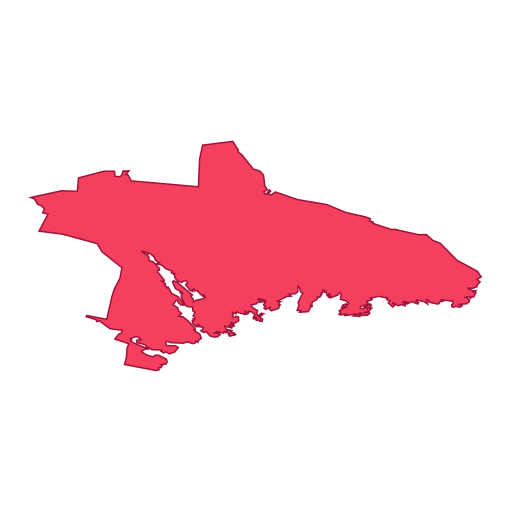 outline of Søgne nor, Vest-Agder, Norway
{"feature_id": "86288312B80796740306495", "entity_name": "Søgne nor", "entity_type": "district", "adm_level": 2, "iso_a3": "NOR", "parent_name": "Norway", "parent_adm1": "Vest-Agder", "projection": "robinson", "projection_center": [7.753, 58.101], "detail": "fine", "context": "isolated", "style": "filled", "palette": "rose", "viewbox_px": 512, "rotation_deg": 0, "n_neighbors": 0, "source": "geoboundaries", "source_scale": "gbopen_adm2", "svg_char_len": 6114}
<svg xmlns="http://www.w3.org/2000/svg" viewBox="0 0 512 512"><path d="M440.1,243.2L432.8,240.4L426.4,234.6L418.5,234.7L394.0,229.2L392.2,229.8L372.7,223.3L373.2,222.0L369.5,220.9L370.3,218.7L365.8,217.0L345.5,212.4L326.9,204.6L297.6,199.6L275.4,192.0L271.0,195.0L268.1,193.9L270.7,191.1L269.3,189.9L266.1,194.8L263.6,191.7L267.3,189.8L264.8,185.8L263.5,175.1L260.0,171.1L253.2,169.0L241.8,154.7L238.7,152.5L238.1,149.7L232.8,141.4L202.6,145.1L199.6,159.2L198.4,186.8L131.3,180.9L127.9,174.8L125.8,174.6L128.9,170.9L123.1,171.0L122.0,174.7L120.2,176.7L114.9,176.3L114.5,171.2L104.2,171.2L78.5,177.9L77.3,191.3L61.5,190.8L30.7,197.5L34.4,199.0L37.6,204.3L41.2,205.6L44.4,208.9L42.7,212.8L48.1,214.0L39.0,231.2L62.2,234.1L97.2,243.6L101.9,251.7L121.9,267.7L119.9,278.4L114.3,289.0L111.8,297.0L106.7,319.3L86.8,315.5L86.2,316.7L96.0,319.6L96.8,321.5L99.4,320.8L109.9,328.7L122.1,330.3L121.6,332.7L118.4,334.5L114.9,339.1L128.9,343.7L127.1,347.8L126.3,358.0L124.4,364.5L156.6,370.6L159.2,369.6L158.4,368.2L159.0,367.6L161.0,367.7L162.2,365.7L161.0,364.8L166.2,363.9L167.2,361.9L166.4,359.2L158.8,355.3L155.3,355.2L152.7,356.8L146.6,354.9L141.6,351.7L144.5,349.4L148.2,348.9L134.8,343.5L130.8,341.2L131.8,340.0L130.3,338.6L136.2,336.5L139.7,338.0L139.4,339.2L142.0,339.6L136.6,340.3L136.9,342.6L145.2,344.6L146.2,346.5L152.3,349.7L161.4,350.0L160.8,351.1L163.7,352.9L165.9,351.9L169.4,353.9L174.7,352.0L178.4,347.4L175.2,345.7L166.7,345.6L165.5,342.8L167.3,341.2L170.6,342.6L183.2,343.2L187.5,341.9L193.1,343.7L195.4,342.9L195.8,340.9L197.9,342.3L199.2,339.6L201.4,338.5L199.7,334.0L194.4,330.6L193.8,329.6L195.2,329.7L194.9,328.2L188.6,321.3L182.9,316.8L178.7,316.2L181.6,313.5L178.4,310.6L178.0,308.1L173.1,304.7L176.2,300.3L178.1,300.7L178.1,302.3L180.8,304.9L183.7,305.1L182.1,301.5L177.9,296.6L171.8,293.5L168.2,287.2L166.7,288.0L166.7,286.7L164.4,285.6L165.6,283.9L161.9,281.2L164.2,280.9L164.0,279.8L157.6,271.8L157.7,270.3L159.5,270.2L159.5,268.5L153.2,261.8L149.1,260.5L149.0,257.6L147.6,255.6L148.1,254.1L146.1,254.6L141.2,251.0L150.4,253.7L154.2,257.0L155.3,260.0L158.3,262.4L157.7,262.8L159.1,262.4L160.5,262.5L156.5,263.8L162.1,265.2L165.6,268.5L172.0,271.2L171.3,272.8L174.5,273.5L173.7,274.3L174.5,274.5L175.0,278.1L178.0,281.3L181.8,282.4L183.4,281.0L186.8,281.0L187.4,282.8L185.7,284.7L189.8,290.2L192.7,291.5L192.5,289.3L193.9,288.9L194.6,291.0L196.9,290.5L200.9,294.6L205.3,295.7L203.0,296.1L205.3,297.3L202.5,298.9L196.1,300.2L193.6,302.2L193.1,299.2L190.6,296.0L192.4,295.0L176.9,282.1L173.7,280.7L172.5,281.9L175.3,288.4L182.4,292.7L180.4,293.0L181.8,294.2L181.1,296.6L185.1,304.9L188.0,306.9L192.7,306.8L192.8,310.8L195.0,312.4L193.1,316.0L194.9,317.7L194.6,319.2L193.1,318.9L193.9,320.9L192.2,320.6L192.7,323.2L196.3,326.8L198.4,326.5L197.2,325.1L198.2,324.6L199.8,325.4L199.5,326.7L203.2,327.3L202.8,329.6L200.8,330.7L203.5,332.4L206.4,331.8L210.1,336.0L214.2,337.1L217.7,336.8L220.2,334.5L218.7,333.3L213.3,333.1L216.5,332.6L216.5,331.6L223.4,333.1L224.7,331.3L225.8,332.8L227.2,330.6L228.3,333.9L230.4,334.4L228.7,334.7L229.6,336.2L234.7,335.0L233.9,334.3L235.2,334.2L233.6,332.8L230.5,332.0L231.9,330.5L226.4,329.4L224.8,326.2L232.3,328.1L229.1,325.3L231.5,324.4L232.6,325.4L231.8,326.2L233.8,326.4L234.2,325.3L231.1,323.6L231.1,322.5L233.9,323.4L238.7,320.9L238.5,316.9L235.8,316.2L234.2,317.6L232.4,316.5L233.3,314.2L232.5,312.4L236.2,313.7L236.4,312.0L245.1,314.5L246.0,314.1L245.1,313.5L245.2,311.2L247.7,313.9L249.1,312.1L247.6,311.4L250.7,311.4L254.5,313.9L254.1,316.4L256.8,317.0L253.3,317.2L253.5,318.9L255.3,318.3L256.7,318.8L255.8,319.8L257.0,320.5L259.8,320.0L259.8,321.3L262.1,321.4L262.6,319.0L259.2,316.9L261.5,315.6L260.0,315.1L263.5,313.8L261.3,313.2L258.5,315.7L256.6,313.9L257.6,310.7L251.9,307.0L251.3,304.9L256.5,303.8L257.4,302.3L263.0,301.8L258.1,299.4L259.0,298.7L265.4,300.3L265.6,301.4L263.6,301.3L265.2,302.6L263.9,304.6L263.4,303.6L264.0,305.7L265.9,306.2L264.0,308.2L265.7,309.4L270.3,307.5L269.8,309.6L271.2,310.8L278.4,308.5L279.7,305.7L278.7,305.1L279.9,304.7L279.0,304.2L279.2,302.7L280.4,301.8L277.4,301.1L287.5,296.2L291.2,296.2L289.4,294.2L295.4,293.7L297.8,291.7L298.0,286.4L299.4,287.2L300.7,292.0L302.8,293.1L298.1,302.4L298.8,305.5L297.1,310.5L300.8,310.6L299.6,312.2L308.1,311.7L311.0,306.7L312.1,306.5L312.2,305.4L310.8,305.6L312.6,301.9L316.3,299.9L317.8,298.0L317.4,296.7L319.7,297.2L321.9,294.2L320.7,293.2L322.8,292.4L322.5,290.2L324.5,290.1L324.6,293.1L324.7,291.4L326.2,291.6L327.1,295.8L329.0,295.7L328.8,294.0L330.0,294.0L328.9,296.8L331.4,296.1L329.1,297.4L330.3,297.9L337.8,295.1L339.4,292.9L341.3,293.8L340.3,299.2L345.9,300.9L348.8,303.4L346.6,305.9L346.3,303.9L343.0,304.9L341.5,307.7L346.4,306.3L346.5,307.0L339.2,310.8L340.7,312.1L339.1,314.1L341.0,314.0L340.6,314.9L347.2,314.0L344.2,315.6L356.9,314.0L353.5,315.9L359.8,316.4L359.9,314.7L357.9,314.1L360.5,312.8L361.6,313.3L360.0,313.8L360.9,315.5L367.4,315.2L369.7,313.5L369.1,312.1L364.7,312.9L364.3,312.3L369.1,311.8L366.9,308.4L369.7,308.4L370.0,309.9L371.7,308.1L369.4,307.9L371.2,305.6L368.0,304.7L371.4,304.7L369.8,303.9L367.0,304.8L367.7,305.7L366.0,307.3L367.2,307.7L364.7,307.5L365.8,306.3L364.8,306.1L363.6,308.3L361.8,308.8L360.5,308.3L360.3,306.6L366.8,304.5L368.0,302.9L366.7,301.4L372.0,299.7L372.2,298.7L370.4,298.0L378.7,296.4L387.3,297.9L386.5,298.7L387.0,299.8L390.0,300.8L388.2,302.9L392.8,307.0L394.9,305.1L392.2,302.3L398.4,305.7L401.4,304.6L405.1,305.8L404.9,304.6L407.2,303.8L403.2,302.6L404.2,302.1L403.1,301.2L409.5,302.8L411.6,301.6L417.8,304.0L418.6,302.5L414.9,300.9L417.5,301.5L417.0,300.0L424.7,301.9L427.6,304.1L426.4,299.7L428.7,300.6L429.0,302.2L437.8,304.1L439.2,303.4L439.2,302.0L443.0,301.1L440.5,299.5L453.1,301.4L453.2,303.4L451.6,304.7L452.0,306.8L453.5,307.4L455.2,306.4L460.1,307.2L462.1,305.8L459.1,304.4L467.3,303.7L466.5,303.4L469.0,302.1L469.6,299.6L465.3,297.2L468.4,296.6L470.7,298.0L470.6,297.0L473.8,297.0L476.0,292.3L473.6,291.9L475.3,290.6L472.8,290.8L467.2,288.1L472.8,288.3L477.1,286.7L476.9,285.3L480.1,282.0L476.9,279.4L481.3,276.9L477.4,271.3L457.1,260.3L440.1,243.2Z" fill="#f43f5e" stroke="#9f1239" stroke-width="1.5"/></svg>